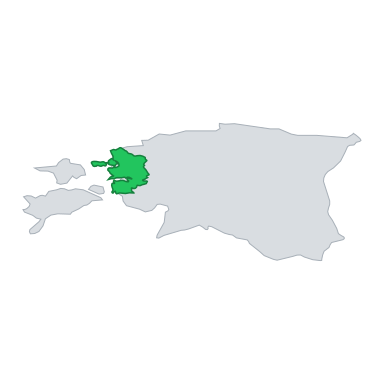 Lääne highlighted on a map of Estonia
{"feature_id": "EST-1661", "entity_name": "Lääne", "entity_type": "County", "adm_level": 1, "iso_a3": "EST", "parent_name": "Estonia", "parent_adm1": "", "projection": "equal_earth", "projection_center": [23.689, 58.901], "detail": "fine", "context": "in_parent", "style": "filled", "palette": "green", "viewbox_px": 384, "rotation_deg": 0, "n_neighbors": 0, "source": "natural_earth", "source_scale": "10m", "svg_char_len": 5370}
<svg xmlns="http://www.w3.org/2000/svg" viewBox="0 0 384 384"><path d="M321.7,260.4L320.4,260.6L312.7,259.7L304.3,257.0L300.6,255.0L297.0,255.1L292.7,256.4L277.1,260.2L273.3,259.3L264.2,255.6L259.6,251.5L249.4,243.4L248.6,241.5L247.2,239.9L236.5,237.9L232.5,235.0L229.2,234.5L224.3,233.1L211.7,226.7L208.6,226.1L207.9,227.2L208.1,228.7L207.3,229.6L205.7,229.5L202.8,227.2L199.3,225.1L188.5,229.0L184.6,230.0L181.2,230.3L164.0,235.4L158.8,238.1L156.6,237.8L157.1,235.2L164.2,222.4L165.4,212.2L168.0,210.8L168.8,209.4L167.6,206.1L160.2,204.1L157.2,204.4L154.6,207.9L151.8,210.4L145.3,211.9L139.6,209.2L126.5,205.7L123.1,201.0L122.4,196.3L115.4,191.7L112.5,186.4L113.7,182.6L120.0,180.2L121.8,178.0L113.9,178.4L112.2,177.9L111.9,176.0L108.4,169.4L111.5,166.9L112.9,164.4L110.3,162.2L111.0,159.8L113.0,157.4L111.8,151.7L119.6,148.8L127.2,146.7L143.3,145.6L141.7,140.4L148.2,140.2L159.2,134.0L170.1,135.1L185.7,130.9L216.0,130.9L220.1,128.5L219.3,126.0L219.4,123.4L225.1,124.2L234.5,123.7L270.3,128.9L279.0,128.9L291.3,134.1L297.9,135.4L317.2,135.4L347.0,137.8L352.8,134.2L353.3,133.3L356.2,135.3L359.9,138.5L361.0,140.3L359.8,141.4L356.2,142.3L355.5,143.3L353.9,145.0L349.7,145.3L347.6,146.5L345.2,151.9L340.6,161.0L333.5,167.9L327.8,171.6L325.3,174.5L323.8,178.0L323.5,181.5L329.7,200.9L329.7,204.4L328.5,208.0L327.7,211.6L328.6,214.8L332.4,220.3L336.7,228.4L338.4,233.6L341.1,235.5L343.7,236.9L344.3,237.8L344.2,238.7L342.9,239.7L331.6,242.5L330.1,244.8L329.0,247.4L324.1,251.2L322.7,254.8L321.8,258.9L321.7,260.4ZM64.5,188.8L68.3,190.4L71.8,189.9L75.4,188.8L83.2,189.8L100.8,197.7L102.5,199.9L91.9,200.8L89.5,203.3L86.9,205.0L83.9,205.5L78.8,208.9L71.8,212.2L70.4,214.2L57.8,213.8L50.9,215.1L45.4,218.8L43.0,225.9L38.9,231.5L34.7,233.5L30.4,233.8L29.4,231.7L29.9,229.6L39.0,221.7L40.9,219.2L36.4,218.1L32.7,215.3L24.5,212.1L23.0,209.6L25.0,209.4L26.8,208.6L29.1,206.5L30.1,204.0L23.6,196.8L27.0,195.7L31.2,196.0L35.5,198.1L40.2,195.6L42.2,195.3L45.5,196.1L48.8,191.4L56.7,189.8L60.7,188.4L64.5,188.8ZM81.1,175.5L76.6,178.7L74.0,177.4L72.6,175.9L66.9,183.1L60.5,184.3L56.7,182.9L57.1,180.2L53.5,173.1L48.0,171.1L40.1,170.9L34.5,168.0L56.4,166.0L58.6,162.6L63.1,159.1L66.4,158.7L69.3,159.5L69.8,162.3L70.5,163.3L80.4,164.9L84.2,169.5L85.6,175.0L81.1,175.5ZM103.6,193.4L99.1,194.1L88.5,189.4L91.0,186.3L94.0,185.1L103.0,187.0L104.3,191.8L103.6,193.4Z" fill="#d9dde1" stroke="#a8b0b8" stroke-width="1"/><path d="M116.7,193.8L116.6,193.7L116.0,193.3L115.6,192.4L115.5,191.6L115.3,191.3L114.5,191.5L113.8,192.1L113.4,192.8L112.9,193.1L112.1,192.6L111.9,192.0L112.3,191.3L112.8,190.6L113.0,189.9L112.7,188.7L112.1,187.1L111.7,185.4L111.9,183.9L112.4,183.3L112.8,183.3L114.0,183.5L114.4,183.4L114.6,183.1L114.5,182.8L113.7,182.2L113.5,181.3L113.8,180.6L114.5,180.6L116.6,181.2L118.6,181.0L120.6,180.5L122.7,180.4L123.7,180.6L125.8,181.5L126.7,181.7L128.3,181.7L128.5,181.5L128.6,181.0L128.5,180.6L128.2,180.4L127.3,180.1L127.1,179.4L127.4,178.6L128.2,178.2L129.1,178.2L131.2,178.9L132.2,179.0L130.7,178.0L129.0,177.2L127.3,177.2L125.9,178.2L124.9,177.3L123.8,177.3L121.6,177.7L117.6,177.6L116.4,177.7L115.3,178.1L114.8,178.5L114.4,178.8L114.0,178.9L112.3,178.6L111.3,178.7L108.3,179.5L110.3,177.2L111.3,176.6L113.1,176.4L113.5,175.9L110.1,173.1L109.6,171.9L107.9,170.2L107.9,168.9L109.0,167.9L112.6,168.1L113.8,167.1L114.7,167.5L115.7,167.5L116.6,167.3L118.3,166.4L118.8,166.1L118.9,165.7L119.0,164.9L118.6,163.3L117.7,162.2L116.6,161.4L115.3,160.9L116.0,161.8L117.5,162.7L118.2,163.6L117.8,163.8L116.8,163.8L116.4,164.0L115.3,164.9L115.2,165.1L115.2,165.5L114.9,166.2L114.4,166.3L114.1,166.0L113.8,165.6L113.5,165.4L110.0,164.8L108.6,164.1L107.2,162.7L107.5,162.7L108.3,162.7L108.7,162.7L108.3,161.5L108.6,160.7L111.0,158.9L111.6,158.6L112.2,158.8L113.1,159.6L113.1,156.3L111.4,153.1L110.5,150.7L113.5,149.5L114.1,149.6L115.2,149.9L115.8,149.9L116.3,149.8L117.1,149.2L118.3,148.8L118.9,148.3L119.7,147.8L120.8,147.7L123.6,149.4L123.8,149.5L124.7,150.4L126.4,151.1L127.0,151.7L128.0,153.0L128.5,153.4L130.2,153.7L131.4,154.0L132.2,154.4L134.0,155.9L135.2,156.1L135.8,156.0L137.2,155.7L140.1,155.5L142.8,156.2L145.1,157.4L145.2,157.8L145.3,158.2L145.3,158.7L145.5,159.3L146.0,159.8L146.6,160.1L146.8,160.4L146.8,160.6L146.7,160.8L144.6,162.8L144.3,163.2L143.9,163.7L143.7,164.3L143.7,164.6L143.9,164.9L144.5,165.3L143.5,166.6L143.7,167.5L145.8,169.7L147.9,173.1L148.5,173.8L149.0,174.3L149.0,174.8L148.4,175.1L147.0,175.6L146.6,175.9L146.6,176.6L146.8,177.0L147.6,177.6L145.3,178.7L145.0,179.2L143.0,179.7L142.7,180.4L143.0,180.7L144.0,181.0L146.5,181.0L147.1,181.2L147.3,181.5L147.1,181.9L146.2,183.6L143.6,184.4L142.2,184.7L140.2,185.6L139.3,185.6L137.5,185.3L137.1,185.4L136.9,185.8L136.8,186.4L136.5,187.2L135.4,188.2L134.5,188.5L133.5,188.5L132.1,188.0L131.5,188.0L131.4,188.2L131.5,188.6L131.6,188.8L131.7,189.1L131.7,189.3L131.5,189.7L131.5,190.1L131.7,191.1L133.5,192.4L133.7,192.5L133.8,193.0L129.5,192.8L125.4,193.5L120.2,193.0L119.4,193.0L116.7,193.8L116.7,193.8ZM104.8,162.5L106.2,163.8L106.4,164.6L105.9,165.6L105.3,165.9L104.7,165.8L104.0,165.5L103.5,165.4L102.9,165.5L101.3,166.2L100.2,166.2L98.3,165.5L97.2,165.4L96.9,165.5L96.8,165.8L96.5,166.1L94.6,166.4L94.0,166.3L93.2,166.0L91.6,163.3L91.4,162.9L91.6,162.2L92.3,161.7L93.2,161.5L94.4,161.4L96.4,161.5L100.2,162.2L102.5,161.8L103.7,161.8L104.8,162.5Z" fill="#22c55e" stroke="#15803d" stroke-width="1.5"/></svg>